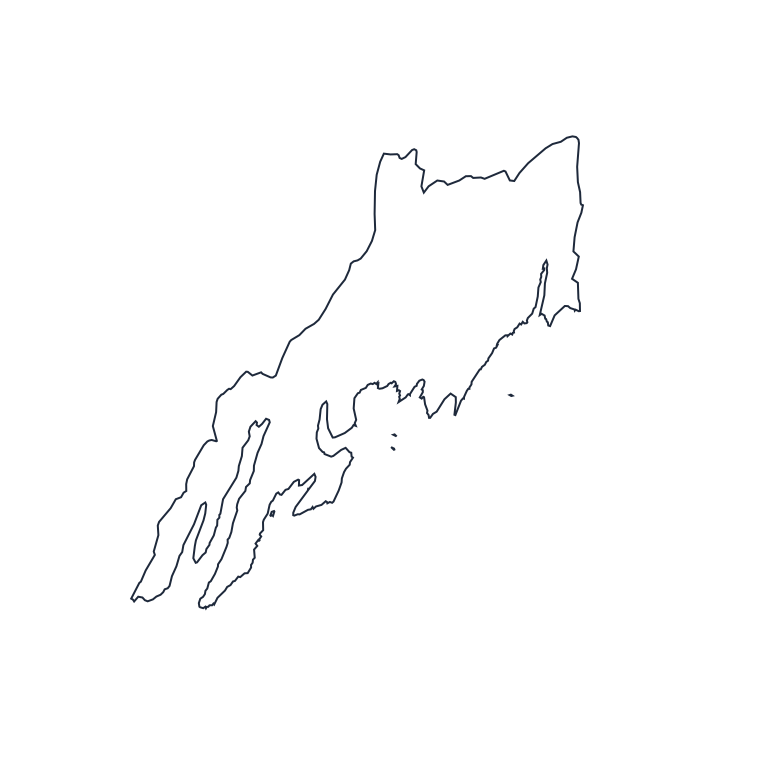 Árneshreppur, Vestfirðir, Iceland (Equal Earth projection), rotated 117°
{"feature_id": "244011B92022671609099", "entity_name": "Árneshreppur", "entity_type": "district", "adm_level": 2, "iso_a3": "ISL", "parent_name": "Iceland", "parent_adm1": "Vestfirðir", "projection": "equal_earth", "projection_center": [-21.632, 66.077], "detail": "fine", "context": "isolated", "style": "outline", "palette": "slate", "viewbox_px": 768, "rotation_deg": 117, "n_neighbors": 0, "source": "geoboundaries", "source_scale": "gbopen_adm2", "svg_char_len": 6161}
<svg xmlns="http://www.w3.org/2000/svg" viewBox="0 0 768 768"><g transform="rotate(117 384 384)"><path d="M80.9,319.6L78.1,321.6L77.1,323.8L76.8,325.2L77.8,328.5L81.6,332.9L87.9,336.4L93.7,342.8L100.6,347.0L121.8,355.8L134.5,359.1L144.0,360.1L145.5,364.3L139.5,372.2L139.6,374.0L155.5,387.5L156.0,391.4L159.9,398.1L159.3,400.9L161.7,405.4L168.5,409.3L177.7,417.7L176.3,422.4L178.5,428.9L187.6,434.0L195.4,435.4L190.9,440.4L175.4,445.2L175.6,449.8L173.7,455.6L162.5,460.2L161.1,461.4L161.1,463.7L162.8,465.2L172.1,467.9L175.4,470.4L175.5,472.7L173.5,474.8L173.2,476.5L176.5,482.4L178.8,488.7L187.7,488.3L200.9,485.5L216.2,479.6L236.7,469.6L250.9,461.7L262.0,459.7L273.5,459.7L282.8,461.7L285.9,463.7L288.5,466.7L291.8,468.2L298.4,466.7L308.7,466.2L327.5,470.1L343.7,470.1L356.4,471.3L362.2,473.6L370.4,479.0L378.9,481.6L386.9,486.6L389.1,487.2L407.0,486.4L425.6,484.2L428.7,486.0L429.6,488.0L430.1,496.8L429.4,498.8L436.2,505.1L435.0,510.9L435.6,512.4L443.1,515.0L453.9,516.6L458.2,518.3L458.6,519.9L460.4,520.9L465.8,522.7L467.4,524.1L472.7,525.5L476.0,525.0L485.3,520.8L499.2,517.4L510.6,507.1L511.2,507.5L512.1,512.1L513.6,514.0L515.4,515.3L520.4,516.8L537.4,517.9L540.0,517.6L543.5,516.0L558.3,516.1L563.0,514.8L569.1,511.6L571.8,513.2L577.0,513.4L581.2,517.2L591.5,517.7L609.0,521.8L612.8,521.3L621.1,516.4L637.8,513.1L640.3,510.6L658.3,511.7L670.5,510.9L672.3,511.7L690.0,511.8L690.1,509.8L691.2,507.9L685.1,506.4L683.9,502.3L685.2,498.9L684.9,495.9L680.8,492.1L676.7,490.3L673.2,487.4L669.7,486.2L666.5,486.2L664.2,484.0L661.3,483.4L651.5,485.7L640.7,486.2L630.0,488.2L625.4,487.5L618.6,489.6L595.3,489.6L575.0,491.8L570.7,489.4L572.3,487.6L580.5,484.5L587.5,482.9L608.7,480.6L614.2,479.0L625.8,474.8L628.8,470.6L627.8,469.6L618.9,468.0L615.1,466.4L611.7,467.3L606.6,466.5L604.8,467.2L596.2,466.9L588.3,468.6L585.9,468.4L580.6,470.8L577.8,470.0L575.4,471.3L573.9,470.9L559.7,475.1L534.5,473.0L527.5,474.3L523.0,476.1L512.8,477.9L505.0,481.1L495.8,479.4L491.6,479.9L487.8,482.8L482.7,483.6L475.4,481.5L476.0,479.7L478.4,478.9L478.9,476.1L474.9,474.5L468.5,473.3L468.2,470.1L470.0,468.4L485.1,467.7L493.1,465.9L502.7,465.4L515.8,462.8L520.6,460.5L530.3,459.7L533.5,458.5L538.4,460.2L542.2,459.0L552.1,461.0L557.8,460.2L561.0,459.1L563.3,457.3L576.6,455.4L585.2,452.8L591.3,452.0L593.6,452.7L596.5,451.1L600.6,450.4L613.8,449.3L620.0,450.0L622.0,449.1L630.0,448.4L638.4,448.8L640.4,449.9L646.5,448.6L649.3,449.2L652.5,448.2L655.8,448.6L658.7,450.2L663.3,449.5L666.2,447.4L666.4,446.5L665.8,443.3L663.6,442.1L664.7,440.8L663.0,440.7L662.3,439.4L660.4,439.0L659.2,436.7L657.1,436.3L657.6,435.2L650.1,435.3L640.2,431.9L636.0,431.6L632.9,429.5L628.5,428.9L627.1,427.4L621.8,426.4L621.3,424.4L616.0,422.3L614.4,419.6L607.9,419.1L605.6,420.3L602.9,419.9L600.0,421.0L597.5,420.3L590.5,424.6L585.8,423.4L584.5,426.0L580.0,425.2L580.4,424.2L579.8,423.9L578.9,424.6L575.6,424.2L574.7,426.3L573.5,426.6L569.1,425.3L562.0,429.1L559.5,429.5L552.3,428.8L543.5,431.1L540.2,431.0L538.3,430.1L530.6,430.2L528.6,429.0L529.7,426.6L529.3,425.0L523.0,423.7L520.9,421.5L512.1,419.9L508.2,417.1L508.2,416.0L513.1,413.7L511.2,411.1L495.7,405.3L497.8,402.8L501.8,401.5L512.1,403.3L510.9,404.3L513.5,403.5L533.7,406.9L539.9,406.4L542.1,405.3L542.0,404.2L539.2,401.7L538.5,400.0L530.6,394.6L528.9,392.3L526.0,391.8L527.2,390.2L524.0,389.0L520.1,384.8L514.9,382.7L515.1,381.1L516.0,380.3L513.7,378.7L513.4,376.3L511.7,375.6L499.5,376.0L491.0,377.1L487.2,378.7L480.6,379.6L476.7,379.4L471.5,377.9L469.1,378.8L463.7,378.2L463.4,379.9L460.1,382.0L460.4,383.8L458.3,389.2L462.1,392.2L471.1,396.5L472.7,398.1L473.4,405.2L472.1,406.3L472.4,407.9L470.6,412.8L463.4,419.3L457.6,421.9L453.5,422.3L451.1,423.9L444.8,425.3L435.2,429.0L430.4,429.4L425.8,427.6L427.6,425.4L441.3,418.8L448.8,413.7L455.0,405.4L453.8,403.5L445.5,396.7L437.6,392.8L434.4,392.5L434.1,390.1L432.2,392.3L428.6,392.5L419.6,399.9L410.1,403.9L404.1,403.1L402.8,401.8L399.8,401.9L395.7,398.4L392.2,398.1L389.6,396.0L389.2,394.0L387.2,392.9L387.5,391.0L385.3,390.4L387.2,389.4L386.5,389.1L390.4,387.6L390.3,385.9L388.5,383.4L384.3,380.2L381.9,379.9L379.8,378.5L379.9,377.5L377.1,376.5L377.0,374.9L378.6,373.2L381.4,373.5L379.6,371.2L384.3,369.3L382.8,368.0L383.0,366.5L385.7,366.0L386.9,364.5L388.5,364.7L390.1,363.2L393.5,362.8L386.1,358.6L382.4,358.0L381.9,357.5L382.2,355.8L381.2,356.3L372.6,355.5L370.8,354.1L368.9,354.7L365.0,354.0L362.6,351.9L362.5,350.5L363.5,348.9L367.7,347.6L371.8,347.9L371.9,346.6L373.7,345.7L379.7,346.0L379.9,343.8L377.6,343.2L377.6,342.3L383.4,338.2L388.0,333.2L390.3,332.5L391.4,330.2L393.7,328.5L393.2,327.5L388.4,326.8L384.7,324.5L370.1,323.2L362.3,320.3L363.1,314.1L367.8,311.6L379.4,307.3L379.3,306.3L363.9,307.8L361.0,307.1L360.8,306.1L359.1,306.8L352.6,307.1L350.2,306.8L349.5,305.7L348.5,306.3L344.7,305.9L342.2,306.9L327.6,305.3L327.0,304.4L324.3,304.5L321.1,302.9L317.9,302.9L316.0,301.9L313.8,302.6L307.4,301.7L302.4,302.1L300.7,300.6L297.8,300.6L298.1,301.1L296.7,301.4L292.4,301.1L285.6,298.0L284.5,296.1L285.2,295.6L281.7,294.3L281.7,292.2L280.0,292.5L279.1,291.5L277.9,292.4L275.7,292.6L273.0,291.0L268.6,290.6L268.7,288.8L265.6,288.6L266.3,286.4L265.0,284.5L263.9,284.3L262.6,285.5L259.9,285.8L254.0,283.9L248.9,284.8L246.7,283.9L236.3,286.7L227.9,290.2L222.0,290.6L220.0,292.2L217.2,292.5L214.6,294.0L209.7,293.0L208.3,293.7L209.2,294.8L205.7,296.0L200.3,295.4L203.3,292.5L206.9,291.5L210.8,289.1L221.3,286.3L232.2,281.4L251.9,276.5L249.9,275.4L250.1,272.0L252.6,270.0L252.6,269.0L254.5,267.2L254.6,266.1L257.3,264.2L257.0,262.3L245.4,263.1L232.4,258.3L231.1,255.4L231.8,252.5L231.1,248.0L232.0,247.3L230.8,247.0L230.7,243.4L230.0,242.5L223.1,246.2L219.9,249.4L205.8,257.2L204.9,264.2L194.6,265.0L182.0,268.3L179.9,275.4L166.7,280.8L152.1,284.9L141.8,285.9L134.4,287.9L134.6,289.7L133.5,291.0L124.0,296.4L116.1,302.9L102.8,310.5L80.9,319.6ZM552.0,423.0L547.4,423.8L547.1,424.3L548.9,426.0L552.7,425.6L552.9,425.1L551.7,423.9L552.0,423.0ZM437.0,349.0L438.1,345.3L437.7,345.0L437.0,345.7L437.0,349.0ZM336.8,267.0L336.9,265.1L336.1,264.2L335.9,266.1L336.8,267.0ZM425.0,352.6L425.0,349.9L424.7,349.8L424.1,351.7L425.0,352.6Z" fill="none" stroke="#1e293b" stroke-width="2"/></g></svg>